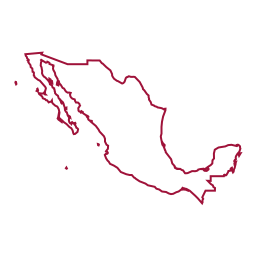 SVG path tracing the border of Mexico
{"feature_id": "MEX", "entity_name": "Mexico", "entity_type": "country or territory", "adm_level": 0, "iso_a3": "MEX", "parent_name": "North America", "parent_adm1": "", "projection": "robinson", "projection_center": [-103.635, 23.63], "detail": "fine", "context": "isolated", "style": "outline", "palette": "rose", "viewbox_px": 256, "rotation_deg": 0, "n_neighbors": 0, "source": "natural_earth", "source_scale": "50m", "svg_char_len": 5707}
<svg xmlns="http://www.w3.org/2000/svg" viewBox="0 0 256 256"><path d="M25.4,54.2L42.2,52.7L41.4,54.4L67.6,64.2L87.4,64.2L87.4,60.4L99.7,60.5L101.8,63.2L102.7,63.6L106.3,67.1L110.4,70.4L112.1,74.1L112.1,75.3L112.5,76.4L114.0,78.7L116.9,80.8L117.9,81.1L122.1,83.5L123.3,83.1L124.6,81.7L125.8,78.1L126.6,77.2L127.6,77.1L128.5,76.3L129.0,76.3L131.0,76.9L133.9,76.8L134.9,77.0L139.7,82.0L142.7,87.6L143.0,89.1L144.3,90.3L146.9,94.0L148.6,95.5L148.6,97.2L149.1,98.7L149.0,99.6L150.7,102.0L151.5,104.6L154.0,105.5L154.5,106.1L156.8,106.8L157.5,107.4L160.9,108.0L162.4,108.5L163.9,109.4L164.6,108.8L165.5,108.7L165.4,110.4L163.1,116.5L162.0,121.7L161.5,126.9L161.5,133.7L160.8,136.3L160.9,137.3L161.5,140.6L162.8,143.1L164.7,145.1L164.1,147.5L163.9,146.9L164.2,145.1L162.7,143.5L161.6,141.3L162.4,144.8L163.3,145.8L165.7,151.5L165.7,152.2L171.1,159.2L172.3,163.5L174.5,165.9L175.1,167.2L176.0,168.0L174.9,167.6L175.0,167.9L177.1,169.0L177.5,169.0L176.5,168.3L177.6,168.7L180.3,168.9L181.6,169.9L183.1,170.4L185.0,173.2L185.6,173.3L187.6,173.1L192.1,171.1L195.2,171.2L196.9,170.8L197.8,170.3L198.2,169.6L200.1,169.1L203.5,168.7L204.1,169.4L203.7,170.0L203.9,170.3L204.7,170.8L206.7,170.9L208.5,169.5L208.5,168.7L207.8,168.0L208.0,167.2L207.1,167.8L207.3,167.3L210.7,165.1L212.3,163.5L212.5,160.3L214.0,158.5L213.9,153.5L214.8,149.7L218.5,147.5L225.3,146.4L228.2,145.1L231.5,144.8L236.9,146.1L237.6,145.5L237.4,145.3L235.9,145.2L237.8,144.7L238.5,144.9L240.0,146.3L240.1,147.9L240.4,148.6L239.4,151.6L237.4,153.9L236.0,156.2L235.7,157.3L235.9,159.2L234.9,159.9L234.2,161.1L234.5,161.8L236.1,161.6L235.7,162.7L234.4,163.5L234.5,164.2L235.2,163.7L235.6,164.0L234.6,168.1L234.0,169.2L233.6,171.7L233.0,172.4L232.4,171.0L231.9,170.7L232.0,168.7L231.9,167.7L231.6,167.8L230.7,168.7L230.7,169.4L230.0,170.8L228.4,171.0L228.0,172.3L226.4,175.0L225.8,175.4L224.7,174.7L224.1,174.9L223.9,176.2L210.7,176.2L210.7,180.9L207.7,180.8L210.9,184.1L212.9,185.4L213.4,187.0L215.0,188.0L214.9,190.7L205.5,190.7L202.3,197.3L203.2,198.9L202.6,199.9L202.4,201.1L202.6,202.1L202.1,203.3L197.9,198.4L195.3,195.8L189.8,190.8L186.4,188.9L186.2,188.9L186.0,189.4L187.7,190.1L189.1,191.1L185.7,189.7L184.3,189.6L184.2,189.4L184.9,188.6L184.7,188.4L183.4,188.9L183.4,188.2L182.6,187.8L181.7,189.0L183.4,189.5L180.9,189.8L178.6,191.5L176.3,192.2L173.2,193.8L171.0,194.1L168.9,193.5L166.1,192.0L162.0,191.5L159.2,189.5L156.4,188.7L154.7,186.8L147.9,185.3L145.5,183.6L139.6,181.3L135.7,178.7L134.9,177.9L134.1,177.6L131.8,175.0L129.6,175.0L126.2,174.2L120.8,172.0L117.4,167.8L113.9,165.6L110.0,163.8L108.8,161.7L107.5,160.5L106.1,158.3L104.8,154.9L105.7,154.0L106.9,153.9L107.7,153.3L107.8,152.6L107.3,151.9L106.1,151.7L105.9,151.4L107.9,148.8L108.1,145.7L106.5,144.7L105.0,141.6L105.0,138.8L104.0,136.3L99.6,131.6L98.5,129.5L95.8,125.9L90.0,121.0L91.6,122.0L91.9,121.9L91.8,120.9L89.6,120.5L88.6,119.8L88.2,119.2L88.2,118.4L86.3,116.0L87.3,116.5L88.1,116.4L87.9,116.1L85.7,115.0L83.4,113.5L83.0,113.1L82.8,112.2L81.0,112.7L80.8,112.1L81.4,111.8L82.1,110.6L81.2,111.3L79.8,111.7L79.1,111.4L78.5,110.6L78.3,108.1L79.9,105.8L80.5,106.3L79.8,105.4L79.4,103.9L77.9,102.5L76.0,102.5L75.1,101.0L74.7,99.4L72.4,98.7L71.0,97.4L70.4,96.3L70.0,94.6L70.7,92.9L69.0,92.5L67.9,92.7L66.5,92.0L65.4,90.8L64.1,88.6L62.6,87.9L60.8,84.9L59.3,83.3L58.9,81.2L57.8,80.6L57.6,79.0L55.4,75.3L54.9,72.7L53.3,69.8L53.0,68.6L53.2,67.4L53.0,66.5L53.5,66.2L53.5,65.4L49.5,64.0L49.5,63.0L48.6,62.3L47.3,61.7L46.9,62.5L45.9,62.7L40.5,59.4L41.2,60.3L41.5,61.5L41.0,62.4L40.7,65.6L41.5,67.2L41.8,68.9L42.2,71.0L42.0,73.2L42.7,75.0L43.9,76.6L45.2,77.4L48.1,80.4L49.6,82.6L49.9,84.1L50.7,83.9L51.1,85.0L51.9,85.2L52.6,87.5L54.2,88.3L54.2,89.4L54.7,90.1L54.6,91.0L55.0,91.8L55.1,93.2L56.3,94.6L57.9,95.7L58.8,98.5L60.1,99.4L60.1,100.3L60.9,101.4L61.1,102.7L61.8,103.6L62.2,103.5L61.4,102.1L61.6,101.1L63.1,102.5L63.3,103.6L63.8,104.2L63.8,105.0L64.7,107.3L65.0,110.1L66.0,111.9L66.8,112.3L67.7,115.4L69.2,117.7L68.8,120.0L69.3,122.1L70.1,123.2L71.0,123.4L71.4,124.1L71.9,123.3L71.7,122.4L72.1,122.1L73.8,123.5L75.3,125.4L76.0,126.6L76.3,127.7L77.4,128.3L78.1,129.2L77.5,131.9L75.1,133.9L73.8,134.1L73.3,133.2L72.6,130.4L71.3,128.2L69.5,127.1L66.6,124.1L63.9,122.2L62.0,120.3L61.2,120.4L60.9,119.4L59.3,118.0L58.9,116.3L59.5,112.6L58.7,109.1L57.3,106.6L55.3,105.7L52.8,103.5L52.1,102.4L51.9,100.5L51.1,101.8L50.0,101.8L48.7,102.4L47.1,100.3L46.0,100.2L45.2,99.2L42.8,98.3L42.2,96.5L39.1,94.0L38.8,93.1L42.1,93.6L42.9,93.5L44.0,92.8L44.0,93.6L45.1,94.5L45.6,94.5L45.1,94.0L44.9,93.2L45.0,92.4L44.3,92.3L44.8,91.7L45.5,89.9L45.9,88.2L45.2,86.8L39.8,80.6L38.2,79.9L34.7,77.2L34.2,75.7L33.8,75.5L33.9,72.7L33.6,72.2L32.6,71.8L32.3,68.5L30.7,67.1L30.5,65.2L28.3,62.2L28.3,61.1L28.0,60.8L28.7,60.6L28.7,59.8L27.2,58.6L26.8,57.0L25.8,55.8L25.4,54.2ZM59.0,83.4L58.4,85.4L56.8,84.7L57.2,82.1L57.5,81.8L58.5,81.5L59.0,83.4ZM52.3,83.1L51.5,82.7L50.0,80.9L49.4,80.1L49.4,78.7L50.6,79.5L50.8,80.7L52.0,81.0L52.3,83.1ZM240.6,153.3L239.1,155.8L238.8,154.9L239.1,154.0L239.5,153.5L240.6,153.3ZM59.3,120.4L58.6,119.5L58.5,118.9L57.7,118.4L58.2,117.1L58.7,114.3L58.9,114.8L58.4,118.0L59.3,120.4ZM38.1,90.3L37.8,91.5L36.6,90.9L37.3,89.9L37.2,88.9L37.5,88.7L38.1,90.3ZM16.4,84.0L16.1,84.3L15.4,82.6L15.6,81.9L16.0,82.0L16.4,84.0ZM61.9,121.7L61.8,122.1L59.7,120.5L60.8,120.5L61.9,121.7ZM98.9,144.7L98.6,145.4L98.1,145.2L97.9,144.0L98.6,144.2L98.9,144.7ZM70.0,116.6L70.2,117.5L69.4,116.9L69.1,116.0L70.0,116.6ZM66.4,107.7L66.4,108.6L66.1,108.4L65.5,109.7L65.8,108.0L66.4,107.7ZM66.9,168.5L66.5,168.7L65.9,168.2L66.4,167.5L66.9,168.5ZM205.6,169.1L204.6,169.1L206.2,168.2L206.6,168.4L205.6,169.1ZM75.4,123.7L74.9,123.3L74.8,122.1L75.5,123.4L75.4,123.7Z" fill="none" stroke="#9f1239" stroke-width="2"/></svg>